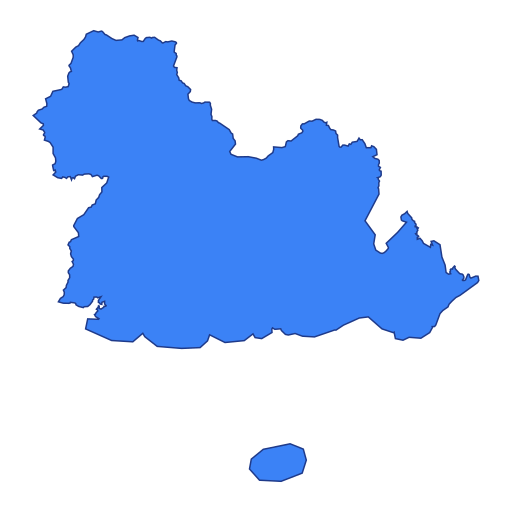 Serua, Central, Fiji
{"feature_id": "14151628B68154180840071", "entity_name": "Serua", "entity_type": "district", "adm_level": 2, "iso_a3": "FJI", "parent_name": "Fiji", "parent_adm1": "Central", "projection": "albers", "projection_center": [177.939, -18.195], "detail": "fine", "context": "isolated", "style": "filled", "palette": "blue", "viewbox_px": 512, "rotation_deg": 0, "n_neighbors": 0, "source": "geoboundaries", "source_scale": "gbopen_adm2", "svg_char_len": 5885}
<svg xmlns="http://www.w3.org/2000/svg" viewBox="0 0 512 512"><path d="M176.5,43.2L176.3,42.5L175.2,41.8L171.8,41.0L167.7,41.9L165.7,41.6L163.2,42.9L162.3,42.9L160.3,40.8L158.6,40.2L154.6,37.3L152.3,37.5L151.7,38.1L149.8,37.3L146.4,37.6L145.2,38.5L143.3,41.4L141.8,41.5L138.8,40.5L137.7,40.9L137.4,40.1L138.0,37.5L134.1,35.2L129.6,35.9L124.8,37.6L121.9,39.9L116.0,40.4L112.0,38.6L106.4,34.9L105.1,34.6L102.4,31.5L101.4,31.1L98.2,32.0L93.7,30.7L86.3,34.2L85.5,37.0L83.9,39.5L80.4,42.8L78.5,45.7L75.8,47.1L71.6,51.2L73.2,54.8L73.2,57.3L71.0,63.4L69.1,65.2L69.0,65.8L70.4,67.8L71.4,71.4L69.8,72.0L68.9,73.0L67.7,76.2L68.3,82.2L69.1,83.6L68.2,86.6L65.5,87.2L63.3,86.9L61.9,89.2L60.9,89.6L52.9,91.3L50.6,96.3L45.6,98.8L46.9,103.7L46.7,106.3L44.0,107.2L42.0,109.1L38.4,110.2L37.1,111.8L36.7,113.1L33.2,115.5L41.0,122.9L43.3,123.8L43.4,125.4L39.7,129.0L43.1,130.0L44.6,132.2L44.7,132.9L43.5,134.6L43.6,135.4L45.0,136.2L45.2,137.1L44.4,140.1L48.3,141.4L50.1,142.5L53.1,147.2L53.1,153.5L55.5,157.9L55.8,161.3L55.1,163.7L52.6,165.0L52.6,165.6L53.6,170.3L54.0,170.7L55.1,170.0L55.8,172.0L53.1,174.9L57.7,177.7L61.6,178.4L62.7,176.9L65.0,177.4L66.5,178.4L67.9,176.8L70.3,176.6L71.5,179.8L72.1,178.0L73.2,177.7L74.5,178.7L75.5,176.2L78.4,174.7L82.6,175.1L84.3,174.1L88.9,173.8L91.0,174.5L92.4,176.6L97.0,175.2L98.7,175.8L101.3,178.5L102.0,178.6L102.7,178.1L103.0,176.7L103.7,176.3L107.1,176.3L108.7,177.1L106.7,183.0L101.8,187.5L101.9,191.9L99.6,194.7L98.7,197.4L96.2,200.0L95.3,203.8L92.2,205.0L91.2,207.1L88.6,207.7L83.8,214.7L77.4,218.5L73.7,225.6L73.8,226.6L78.4,232.7L78.7,236.5L71.4,239.7L70.5,241.7L69.2,242.2L68.0,244.9L69.8,246.7L69.8,248.5L71.3,250.9L70.6,253.9L71.4,256.6L73.4,259.1L73.3,260.6L72.1,261.5L73.5,264.2L73.0,266.4L70.3,268.3L68.3,270.9L68.3,272.7L69.6,274.7L69.7,277.7L68.0,280.4L68.0,282.2L66.4,285.3L66.1,287.6L63.4,290.1L64.3,292.2L64.2,294.7L63.2,296.6L60.4,298.4L58.4,301.8L63.3,303.2L69.0,303.3L70.3,302.9L70.4,302.3L74.7,302.9L75.7,303.5L76.0,304.8L78.6,306.4L83.3,307.6L84.2,306.7L87.7,306.5L89.9,304.7L92.5,301.3L92.6,300.0L93.6,299.2L94.0,297.1L96.8,297.0L97.7,297.8L101.0,296.7L98.4,300.5L98.4,302.4L99.4,302.8L100.2,304.0L101.8,304.4L101.9,302.3L104.6,301.3L104.6,304.0L106.1,305.6L105.8,306.2L104.0,306.3L103.8,307.2L101.0,309.1L99.2,308.4L99.2,306.3L98.8,305.7L98.3,306.1L98.4,306.9L96.4,309.2L97.5,309.9L97.8,311.0L96.1,312.7L95.5,314.1L94.5,314.5L95.6,316.6L99.0,318.7L98.4,319.3L87.7,318.9L85.6,328.9L111.6,340.5L132.8,341.8L142.8,333.3L144.8,336.7L157.2,346.4L181.6,348.4L200.1,347.6L207.5,340.9L209.6,334.8L225.0,342.5L244.3,340.6L253.0,333.9L255.1,337.6L261.7,338.6L272.0,332.5L271.8,329.1L272.5,327.9L274.8,329.3L280.7,328.8L281.4,330.5L285.4,334.4L288.3,335.0L295.1,333.5L302.5,336.2L314.5,336.9L334.6,330.0L336.0,330.1L343.5,325.1L359.3,318.0L368.3,316.9L382.0,328.9L393.5,332.7L394.1,332.2L395.4,338.6L403.0,340.2L409.1,337.3L420.9,338.2L429.7,332.6L432.6,327.2L432.3,326.6L434.6,326.5L435.8,325.0L440.0,313.6L442.8,310.5L448.0,306.9L449.0,304.3L452.0,301.1L455.9,297.5L459.9,295.4L477.5,282.6L478.8,280.5L478.0,276.2L475.8,276.1L470.9,278.1L469.9,277.2L469.2,274.6L468.6,274.2L468.0,274.2L467.5,275.0L465.5,279.9L464.3,280.5L462.8,280.5L462.4,280.0L463.8,278.3L463.9,276.9L463.1,274.9L462.2,274.1L460.1,273.8L459.1,273.0L455.5,269.1L454.8,267.5L455.1,266.5L454.5,266.0L452.8,267.9L452.5,269.1L451.1,268.9L450.3,269.7L450.5,271.0L449.8,272.0L450.7,273.7L448.6,274.2L446.1,272.5L445.1,265.1L441.9,257.0L440.0,244.7L433.9,240.8L431.1,241.4L432.6,245.1L430.7,244.4L430.4,247.3L423.5,243.4L422.2,240.8L420.0,238.3L417.3,239.3L417.3,237.3L418.6,236.8L418.7,236.3L417.2,234.9L416.5,234.9L415.6,233.7L417.0,233.1L416.8,231.9L417.8,230.3L417.4,229.4L418.3,227.9L417.6,227.5L417.1,228.5L416.7,227.8L416.9,227.0L415.1,226.7L415.2,226.1L416.0,226.4L416.0,224.2L414.6,222.6L414.6,221.3L413.4,220.8L411.9,219.3L411.7,217.8L407.7,213.4L407.1,211.4L404.8,213.6L401.9,215.2L400.9,217.0L401.4,220.0L402.3,220.8L406.5,222.2L397.6,232.4L386.2,243.3L388.4,247.5L388.3,248.4L386.1,251.0L384.1,252.7L382.3,253.4L380.4,253.1L375.8,250.1L373.7,243.9L375.2,234.8L365.0,220.8L379.0,194.1L378.6,188.8L378.0,187.8L378.9,185.8L378.8,182.7L379.5,181.1L378.3,179.4L378.3,178.1L377.6,177.7L380.1,176.8L380.8,175.9L381.2,175.1L381.1,171.2L380.0,170.9L379.2,169.9L380.4,167.4L378.5,166.3L378.5,164.6L379.3,163.1L379.2,160.5L377.9,159.2L374.8,158.4L372.8,156.7L377.0,154.7L376.4,149.3L373.9,146.7L371.6,145.8L370.9,147.7L366.3,147.7L364.9,143.7L362.2,139.7L360.3,139.8L359.0,138.1L357.1,141.4L352.3,142.2L350.8,144.4L349.3,143.9L348.1,146.1L344.7,145.1L342.8,145.1L341.1,147.1L339.9,147.2L339.1,146.4L337.6,137.7L337.6,135.1L336.0,133.5L335.6,131.0L333.5,130.0L330.8,129.6L329.8,128.4L328.4,125.5L326.4,125.3L326.8,122.3L325.6,122.8L323.8,122.0L322.4,120.4L319.8,119.4L316.0,119.3L312.0,121.2L309.3,121.0L304.3,123.8L302.4,123.9L300.9,125.8L300.7,127.4L300.8,128.3L302.7,130.2L302.8,131.5L301.7,132.9L298.4,134.2L297.7,135.8L291.1,141.0L287.9,140.7L286.4,141.9L285.3,146.6L281.9,147.6L273.6,146.9L273.7,149.3L272.8,152.6L268.2,155.9L266.3,158.1L263.5,159.6L261.4,160.2L256.3,158.2L248.3,156.7L237.5,156.9L231.0,154.3L229.7,151.5L235.5,144.1L235.1,140.9L233.2,138.4L232.6,134.0L231.2,133.1L229.2,129.6L219.7,123.1L218.5,122.7L217.0,121.0L215.4,120.5L212.4,120.5L211.8,119.3L211.9,116.6L211.0,114.3L211.6,109.3L210.3,105.1L210.4,103.4L209.6,102.2L204.9,102.1L203.5,103.0L201.4,103.5L199.9,102.8L195.3,102.9L192.1,102.1L189.3,100.5L188.5,98.9L187.9,94.2L190.3,91.6L190.6,89.5L187.8,86.7L185.7,85.8L184.2,83.5L182.6,82.9L181.0,80.7L179.2,80.3L178.7,77.8L176.7,74.5L177.3,72.5L176.7,70.4L177.0,67.7L174.5,67.4L173.5,66.0L176.9,56.9L176.9,56.0L176.2,55.0L176.2,53.5L174.3,52.2L174.2,51.4L175.0,45.1L176.5,43.2ZM302.2,473.1L306.3,460.1L303.3,449.1L290.1,443.8L263.3,449.3L251.3,459.1L249.5,469.0L259.5,480.2L281.1,481.3L302.2,473.1Z" fill="#3b82f6" stroke="#1e3a8a" stroke-width="1.5"/></svg>